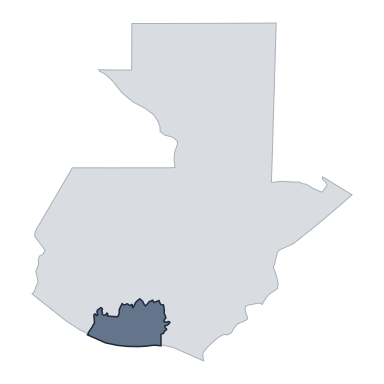 Escuintla on a map of Guatemala (Albers equal-area conic projection)
{"feature_id": "GTM-1950", "entity_name": "Escuintla", "entity_type": "Department", "adm_level": 1, "iso_a3": "GTM", "parent_name": "Guatemala", "parent_adm1": "", "projection": "albers", "projection_center": [-91.003, 14.2], "detail": "fine", "context": "in_parent", "style": "filled", "palette": "slate", "viewbox_px": 384, "rotation_deg": 0, "n_neighbors": 0, "source": "natural_earth", "source_scale": "10m", "svg_char_len": 3906}
<svg xmlns="http://www.w3.org/2000/svg" viewBox="0 0 384 384"><path d="M32.0,293.9L34.1,291.8L35.9,286.9L38.1,281.8L36.8,276.0L36.0,271.3L38.5,264.4L38.3,259.3L39.5,256.1L43.1,254.1L45.1,250.1L34.8,236.6L34.8,233.5L36.2,229.7L44.6,215.3L54.7,198.1L65.7,179.2L72.4,167.8L96.5,167.8L112.4,167.9L132.6,167.8L154.6,167.8L169.1,167.8L175.0,167.6L174.0,160.2L174.7,152.0L177.4,144.6L177.4,141.3L173.0,137.3L164.7,135.0L160.1,131.4L160.1,126.9L158.0,121.5L154.0,115.1L145.6,108.6L132.9,101.9L122.1,92.9L113.2,81.7L105.7,74.4L99.9,71.4L98.6,69.8L115.5,70.0L131.6,70.1L131.7,54.0L131.8,39.7L131.9,23.5L160.9,23.5L195.5,23.4L231.4,23.3L259.6,23.2L276.2,23.0L275.6,43.1L274.9,66.3L274.4,83.4L273.7,106.2L273.0,129.5L272.1,161.4L271.4,181.9L271.8,182.4L281.3,181.3L295.4,182.1L298.8,182.0L303.1,183.8L306.4,184.3L313.6,188.8L322.1,192.2L327.3,185.1L324.5,180.9L322.3,178.7L322.6,176.8L352.0,194.8L348.6,197.7L341.2,204.3L327.9,215.6L315.9,225.7L304.4,234.9L294.0,243.2L292.8,244.0L279.5,249.9L277.3,252.6L274.6,264.2L273.3,267.0L275.7,273.4L278.2,283.3L277.5,288.5L268.3,294.9L264.2,300.7L262.3,304.4L260.7,303.4L257.8,303.2L251.2,304.6L248.1,305.0L245.4,306.6L245.2,310.2L247.0,316.0L247.6,318.9L245.8,320.3L237.7,323.9L234.5,327.3L231.5,332.6L227.9,334.9L224.2,334.5L221.6,335.3L216.0,339.3L207.5,347.1L203.0,352.8L202.9,357.1L203.8,361.0L172.9,347.4L162.6,345.1L119.3,345.4L100.7,340.1L79.5,329.7L65.3,320.3L32.0,293.9Z" fill="#d9dde1" stroke="#a8b0b8" stroke-width="1"/><path d="M161.0,345.8L160.1,345.7L154.5,345.2L148.3,345.8L147.4,346.1L138.2,346.6L127.5,346.4L117.7,345.4L105.6,342.9L86.7,334.5L88.6,335.2L88.5,334.6L88.2,333.3L88.3,332.9L88.5,332.4L92.4,326.7L93.0,325.2L93.4,324.6L93.8,324.2L94.3,323.5L94.4,322.2L94.3,318.9L94.0,316.9L93.9,316.2L94.0,315.2L94.1,314.7L94.2,314.4L95.1,313.9L95.7,314.3L96.0,314.7L96.2,315.4L96.3,315.5L96.5,315.6L96.8,315.5L97.4,315.2L97.7,314.9L97.8,314.7L97.7,314.3L97.4,313.6L97.2,313.1L97.1,312.4L97.0,311.9L97.0,311.4L97.2,310.7L97.4,310.3L97.5,310.1L97.8,309.8L100.1,308.1L100.4,307.9L101.1,307.7L101.4,307.9L101.8,308.1L102.3,308.9L102.4,309.4L102.4,309.7L101.8,310.5L101.7,310.9L101.7,311.2L101.8,311.4L101.9,311.6L102.3,312.1L102.4,312.4L102.4,312.6L102.2,313.3L102.2,313.6L102.2,313.8L102.3,314.1L102.5,314.3L102.8,314.7L103.2,314.9L103.5,315.0L104.0,315.1L104.8,315.1L105.5,314.7L106.9,313.1L107.8,313.9L107.4,315.9L107.9,316.1L117.3,316.8L117.8,316.4L118.5,315.0L118.9,314.5L119.0,314.2L119.1,313.7L119.3,309.7L119.8,308.3L122.1,303.6L123.2,304.5L123.4,304.7L123.8,304.8L124.1,304.9L124.9,304.8L125.2,304.7L125.5,304.6L126.6,304.0L126.8,303.9L127.0,303.8L127.3,303.8L127.6,303.9L128.0,304.2L128.8,304.9L129.3,305.2L129.7,305.4L130.3,305.4L130.6,305.3L130.8,305.1L131.2,304.7L131.6,304.4L131.8,304.4L132.0,304.5L132.2,304.8L132.3,306.2L132.3,306.9L132.4,307.1L132.5,307.4L132.7,307.6L133.3,307.3L134.8,304.2L135.3,303.0L135.4,302.8L136.0,302.1L137.6,300.5L139.8,298.8L142.1,300.8L142.8,301.5L142.9,301.9L143.5,303.2L144.5,304.9L145.0,305.5L145.4,305.8L147.5,303.9L148.1,303.3L148.2,303.1L148.6,302.4L149.0,301.9L149.2,301.7L149.3,301.6L150.0,301.2L151.2,301.2L151.6,301.0L152.0,300.3L152.6,300.2L152.9,300.4L153.0,300.6L153.9,302.5L159.0,300.5L160.1,303.5L161.2,304.6L161.9,304.8L162.9,304.8L163.2,304.8L163.4,304.9L163.7,306.0L164.3,310.2L164.2,313.0L164.5,314.0L165.4,316.2L165.9,318.0L164.7,319.2L164.3,320.1L164.0,321.0L164.0,321.4L164.1,321.7L164.3,321.8L164.7,321.9L165.7,322.1L166.3,322.1L166.8,322.1L167.0,322.0L168.3,321.6L168.6,321.5L168.9,321.6L169.6,322.0L169.8,322.2L169.9,322.5L168.9,323.8L167.6,325.0L167.1,325.3L166.9,325.4L165.4,325.6L164.8,325.9L164.9,327.1L165.1,327.6L165.3,327.8L166.5,328.9L166.6,329.2L166.6,329.5L166.3,330.0L166.0,330.2L164.9,330.9L164.5,331.3L163.9,332.4L163.7,333.2L163.5,333.4L163.3,333.5L162.4,333.6L161.5,333.9L161.1,334.2L161.0,334.6L161.0,344.9L161.0,345.8Z" fill="#64748b" stroke="#1e293b" stroke-width="1.5"/></svg>